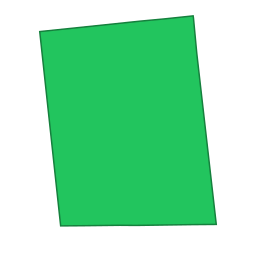 outline of Kemper, Mississippi, United States of America, rotated 84°
{"feature_id": "52423323B56584420152614", "entity_name": "Kemper", "entity_type": "district", "adm_level": 2, "iso_a3": "USA", "parent_name": "United States of America", "parent_adm1": "Mississippi", "projection": "orthographic", "projection_center": [-88.657, 32.753], "detail": "fine", "context": "isolated", "style": "filled", "palette": "green", "viewbox_px": 256, "rotation_deg": 84, "n_neighbors": 0, "source": "geoboundaries", "source_scale": "gbopen_adm2", "svg_char_len": 334}
<svg xmlns="http://www.w3.org/2000/svg" viewBox="0 0 256 256"><g transform="rotate(84 128 128)"><path d="M22.9,205.7L99.5,205.5L218.3,205.2L220.4,183.7L223.9,146.2L225.7,130.4L230.8,74.1L233.1,50.3L60.9,51.8L25.5,51.4L23.3,51.5L23.3,77.3L23.3,80.7L23.0,104.7L22.9,205.7Z" fill="#22c55e" stroke="#15803d" stroke-width="1.5"/></g></svg>